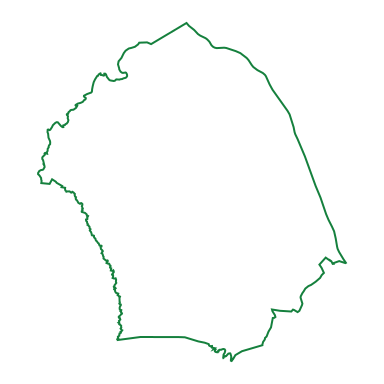 Blacktown, New South Wales, Australia (orthographic projection)
{"feature_id": "25037944B57460012888659", "entity_name": "Blacktown", "entity_type": "district", "adm_level": 2, "iso_a3": "AUS", "parent_name": "Australia", "parent_adm1": "New South Wales", "projection": "orthographic", "projection_center": [150.83, -33.74], "detail": "fine", "context": "isolated", "style": "outline", "palette": "green", "viewbox_px": 384, "rotation_deg": 0, "n_neighbors": 0, "source": "geoboundaries", "source_scale": "gbopen_adm2", "svg_char_len": 5863}
<svg xmlns="http://www.w3.org/2000/svg" viewBox="0 0 384 384"><path d="M117.8,340.0L140.4,337.0L179.9,337.1L184.9,337.3L198.3,341.4L204.7,342.7L208.7,344.1L209.1,345.5L209.6,345.9L210.6,346.2L212.0,346.0L212.1,346.8L211.6,347.3L211.8,347.6L214.8,348.2L213.8,348.9L213.5,349.3L214.9,348.7L215.6,349.4L215.0,350.3L214.9,351.3L215.5,351.9L217.1,352.3L218.6,350.3L218.8,350.3L218.9,350.7L219.2,350.1L219.9,349.7L221.0,349.8L222.4,349.2L223.5,349.0L224.6,349.3L225.2,350.2L225.2,350.9L224.7,352.8L223.6,354.5L223.2,357.8L223.3,358.0L223.6,357.8L223.9,357.0L224.7,356.2L225.1,356.1L225.5,356.4L226.1,356.1L228.4,353.6L230.1,353.3L230.4,353.6L231.1,355.9L231.3,357.0L231.1,357.9L231.5,358.2L231.5,358.6L231.2,358.7L230.9,359.5L230.9,360.7L231.6,361.0L232.2,360.3L232.4,359.3L233.0,359.2L235.4,355.1L242.0,351.2L262.4,345.2L262.4,344.5L263.1,341.9L264.8,339.5L265.0,338.0L266.6,336.5L268.5,331.6L271.0,327.4L272.8,318.0L274.3,317.8L275.4,317.0L274.9,315.1L272.5,311.3L272.0,309.5L280.0,310.8L291.3,311.5L293.0,309.6L294.1,310.0L297.6,312.1L299.4,310.8L302.0,305.1L302.4,303.6L300.6,297.8L300.6,297.0L300.8,296.2L302.4,293.1L303.7,291.3L305.3,288.6L308.4,286.1L311.1,284.9L315.7,281.7L320.1,277.9L321.7,275.1L323.9,272.9L321.6,267.9L319.4,264.6L325.7,257.6L329.8,260.5L329.9,260.2L331.3,261.2L332.7,263.9L333.7,263.8L333.5,263.1L339.2,261.1L345.4,263.1L345.9,262.8L343.5,259.3L339.1,252.0L337.6,248.8L337.1,246.7L335.7,238.4L334.1,231.3L332.0,226.7L328.5,219.8L326.1,214.1L320.5,197.6L315.6,185.9L304.9,156.4L297.6,139.1L295.3,134.3L294.6,132.2L293.6,127.1L289.6,114.4L287.5,110.8L272.5,89.7L269.6,84.4L265.9,76.2L264.9,74.8L262.8,73.0L257.4,70.1L253.3,67.0L251.7,65.0L248.6,60.2L246.8,58.1L240.3,53.1L235.7,51.1L226.3,48.0L224.2,47.7L216.7,48.1L214.8,47.7L213.2,46.9L211.5,45.3L209.4,41.7L207.2,39.4L205.6,38.2L200.2,35.6L197.9,34.0L194.2,30.0L189.0,25.9L186.5,23.0L151.1,44.1L147.1,42.4L139.2,42.7L138.1,44.4L134.9,46.8L131.4,47.9L128.8,48.5L125.6,50.7L123.8,53.1L121.4,58.0L118.6,61.3L118.0,64.4L119.1,68.1L119.3,69.5L120.6,71.7L122.2,72.8L123.0,72.9L125.6,72.5L126.1,72.8L126.7,73.8L127.1,75.0L127.1,76.1L126.4,77.2L125.7,77.8L123.3,78.4L122.3,79.0L120.1,79.3L119.5,79.6L116.3,79.4L114.9,80.7L113.8,81.0L110.7,80.5L109.7,80.2L109.1,79.7L106.9,76.9L106.0,74.4L105.0,73.6L104.3,73.7L104.4,75.1L103.9,75.6L103.3,75.6L102.4,75.1L100.9,75.0L100.7,74.7L100.6,73.4L100.4,73.3L98.6,74.5L98.0,75.8L97.2,76.0L95.1,79.3L93.7,82.2L92.7,86.2L92.1,89.4L92.0,91.1L91.7,92.0L91.1,92.6L87.2,94.0L84.0,95.7L83.9,96.2L84.4,97.0L85.7,97.9L85.8,98.6L85.3,99.5L84.0,100.2L83.1,101.5L82.5,102.0L80.5,102.9L77.8,103.6L75.7,104.9L75.5,105.2L75.8,105.7L77.0,105.4L77.3,105.7L76.1,107.8L73.5,109.7L71.5,109.9L70.5,110.2L69.9,111.1L68.6,112.1L68.1,113.9L67.9,114.0L67.7,113.5L66.9,114.2L66.8,114.7L67.0,115.1L68.0,116.2L67.7,118.2L68.4,120.1L67.9,122.0L66.7,123.6L65.4,124.2L64.8,125.1L63.3,125.3L63.0,126.0L63.3,127.1L62.9,127.2L62.3,127.0L60.9,125.9L57.8,122.3L56.6,122.2L55.3,122.9L52.9,125.2L52.0,127.1L50.3,129.7L49.6,130.1L48.2,129.5L47.7,129.7L47.5,132.1L48.1,133.7L48.5,137.7L50.0,141.0L50.2,142.3L50.1,144.2L49.0,145.4L48.6,146.8L48.7,147.4L47.7,148.8L47.6,150.9L46.8,152.3L47.1,153.7L45.9,153.4L45.3,152.9L44.8,153.1L44.5,153.6L44.9,154.4L44.8,154.8L42.7,156.8L42.3,157.5L42.3,159.0L43.1,160.2L44.1,164.5L43.7,164.5L44.5,166.0L44.6,167.1L43.3,169.4L42.7,169.8L40.9,170.1L39.3,171.0L38.1,173.0L38.1,174.2L39.4,175.4L41.1,178.0L41.2,179.6L41.6,180.8L41.3,183.1L49.6,183.9L52.1,179.3L55.8,181.7L56.6,182.8L62.2,186.0L61.6,187.2L65.1,187.8L65.0,188.3L65.2,189.9L65.4,190.5L66.2,191.2L66.4,191.7L67.5,191.4L69.6,191.4L71.1,192.6L71.6,192.6L72.3,191.8L73.4,192.4L74.9,194.0L74.6,194.8L75.0,196.3L76.0,197.2L75.6,198.0L75.9,198.7L75.9,199.5L76.9,200.2L78.4,202.9L80.0,203.8L80.4,203.7L80.9,203.1L81.4,203.1L82.3,203.9L82.4,204.9L81.8,206.2L82.8,208.6L82.1,209.1L82.6,210.2L81.7,211.2L81.8,211.9L85.0,212.9L86.6,214.3L86.8,215.2L88.1,216.0L87.9,216.4L87.1,217.0L87.4,217.6L87.3,219.1L86.0,219.5L86.1,220.5L86.3,221.1L87.0,221.7L87.2,223.2L87.8,224.0L87.5,224.9L88.5,225.4L88.7,226.0L89.4,226.6L89.6,227.0L89.6,228.5L90.5,229.2L89.8,230.5L91.0,232.0L91.6,233.7L91.8,235.1L92.1,235.4L93.6,235.5L94.0,235.8L94.0,237.0L94.3,237.7L95.4,238.6L95.6,239.7L96.0,240.6L96.8,241.2L98.0,243.0L98.7,243.4L99.5,245.5L100.1,245.8L101.0,245.6L101.5,245.8L101.5,246.5L100.7,246.9L100.6,247.4L101.0,249.1L102.3,250.3L102.8,251.1L102.7,251.5L102.2,251.7L102.1,252.3L101.5,253.2L102.4,253.8L102.9,255.1L103.0,255.9L103.6,256.7L103.5,258.5L106.3,260.8L107.3,260.4L107.7,260.6L107.7,261.3L107.0,261.9L106.5,263.0L107.8,263.6L108.9,263.6L109.4,264.1L109.5,264.8L110.5,265.7L110.6,266.1L110.1,266.8L110.0,267.4L110.3,267.9L111.2,268.3L110.8,270.5L112.5,270.9L113.3,270.3L113.6,270.8L113.8,271.9L113.7,272.3L112.9,273.1L112.9,273.7L112.3,274.0L112.0,274.5L112.2,274.9L112.9,274.9L113.1,275.3L113.1,276.5L112.6,278.0L114.2,278.6L115.6,278.3L116.1,279.6L115.9,282.0L116.3,282.9L114.4,285.4L114.5,286.1L113.8,286.8L114.2,287.7L115.4,287.9L115.6,288.3L114.2,289.0L114.1,289.3L115.0,290.0L115.2,291.6L116.0,292.8L118.2,293.6L117.6,294.9L117.6,295.2L118.4,295.4L118.9,296.4L119.6,296.4L120.0,296.6L119.5,298.0L119.6,301.6L119.9,302.2L119.3,303.6L119.6,304.0L120.7,304.4L120.9,304.9L120.6,305.7L120.1,306.1L119.6,308.0L119.8,309.5L121.3,310.1L121.2,310.5L120.5,311.2L121.1,311.7L121.1,312.5L121.8,313.0L122.0,313.6L121.7,314.0L121.0,314.4L120.1,315.6L118.8,316.6L118.8,317.5L119.1,317.9L119.9,318.1L120.3,319.6L119.0,320.8L119.3,321.9L118.5,322.6L119.1,322.9L119.2,324.2L120.0,324.4L120.2,325.0L120.8,325.3L121.2,325.8L121.1,327.0L121.3,327.7L120.6,328.6L121.6,330.0L122.2,330.3L121.4,331.4L120.5,331.9L120.6,332.2L120.9,332.6L120.8,332.9L119.5,333.5L119.6,334.1L119.2,334.9L119.3,335.7L117.9,336.7L117.9,337.2L118.3,338.1L117.5,338.7L117.3,339.3L117.8,339.5L117.8,340.0Z" fill="none" stroke="#15803d" stroke-width="2"/></svg>